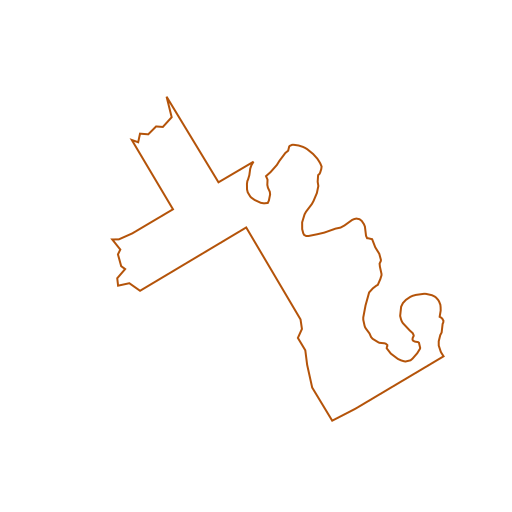 outline of Issaquena, Mississippi, United States of America, rotated 149°
{"feature_id": "52423323B37261590367764", "entity_name": "Issaquena", "entity_type": "district", "adm_level": 2, "iso_a3": "USA", "parent_name": "United States of America", "parent_adm1": "Mississippi", "projection": "robinson", "projection_center": [-91.074, 32.711], "detail": "fine", "context": "isolated", "style": "outline", "palette": "amber", "viewbox_px": 512, "rotation_deg": 149, "n_neighbors": 0, "source": "geoboundaries", "source_scale": "gbopen_adm2", "svg_char_len": 2425}
<svg xmlns="http://www.w3.org/2000/svg" viewBox="0 0 512 512"><g transform="rotate(149 256 256)"><path d="M275.5,75.6L249.4,73.9L146.9,73.4L147.0,77.8L146.9,78.9L145.5,85.1L143.3,88.8L138.8,93.3L136.3,94.8L131.0,101.7L129.8,102.5L128.7,103.9L128.6,106.3L129.0,107.7L129.9,109.3L125.8,114.1L124.2,116.9L123.1,119.2L122.5,122.7L122.5,124.6L123.1,127.7L123.7,129.2L125.4,131.8L129.8,136.0L131.3,137.0L139.0,140.3L142.2,141.2L144.8,141.5L150.1,141.2L154.3,140.0L157.7,137.8L163.3,130.4L164.3,127.1L164.7,124.8L164.7,122.9L162.6,113.1L161.4,109.1L161.7,106.8L162.0,106.3L163.7,105.2L164.7,104.1L165.0,103.3L164.9,102.3L163.8,100.7L161.5,98.8L161.0,97.7L162.6,92.7L163.1,92.1L167.9,89.6L174.7,87.4L177.3,87.0L182.3,88.6L183.6,89.8L185.4,91.8L187.4,94.7L190.7,102.9L191.5,109.6L190.6,110.7L189.9,111.1L189.3,112.0L189.9,113.9L190.7,114.9L195.0,118.1L195.7,119.2L198.7,125.0L199.1,127.3L198.6,131.1L199.2,137.3L199.2,138.8L198.8,140.5L196.9,146.1L195.7,148.1L187.5,157.3L177.8,166.5L172.5,168.1L168.1,168.6L166.5,168.5L161.3,172.2L158.4,174.8L157.7,175.9L155.3,183.0L154.0,185.8L151.5,187.5L150.9,188.4L149.2,194.4L149.3,202.0L147.8,210.6L150.8,213.5L151.6,214.0L151.3,216.6L147.5,225.1L147.1,227.7L147.3,231.6L148.3,234.2L150.7,236.4L152.9,237.1L155.0,237.4L164.5,236.6L168.9,236.8L173.7,238.5L185.5,240.9L192.3,243.1L200.7,246.1L202.7,247.3L203.9,249.3L203.8,251.1L202.6,255.2L199.1,261.1L192.9,266.7L190.3,268.2L181.3,271.8L178.4,273.5L171.4,278.6L166.5,283.9L164.9,287.9L161.4,292.9L160.9,293.4L159.2,293.7L158.0,294.5L155.3,296.9L154.1,298.4L153.7,298.9L153.2,302.3L153.2,304.7L153.3,307.8L154.5,314.0L157.1,321.2L158.2,323.3L159.6,325.4L162.6,328.8L166.4,331.9L167.8,332.7L170.5,333.0L171.2,332.7L174.2,329.7L177.8,329.2L186.9,325.5L191.2,323.3L200.4,320.4L206.3,319.3L206.8,315.5L209.7,311.1L210.6,308.4L211.1,303.9L212.2,301.5L216.4,296.9L218.6,295.4L222.0,297.0L224.5,299.1L228.3,304.7L230.0,308.6L230.3,310.0L230.3,314.8L229.4,317.7L226.6,322.5L224.8,324.7L223.5,325.6L220.1,328.7L216.0,333.8L213.3,336.1L209.6,338.1L250.2,338.5L250.6,438.6L256.8,418.4L269.4,414.6L274.9,418.5L285.7,415.8L292.4,420.6L298.4,414.2L302.7,419.4L303.1,338.8L350.4,339.1L365.0,340.9L370.7,344.2L369.0,331.4L373.5,328.5L376.8,316.7L374.9,312.2L386.4,308.4L389.5,301.6L378.6,297.9L373.3,285.9L249.7,285.5L250.5,178.7L254.2,169.8L262.3,164.2L262.3,149.8L268.2,136.4L275.6,114.3L275.5,75.6Z" fill="none" stroke="#b45309" stroke-width="2"/></g></svg>